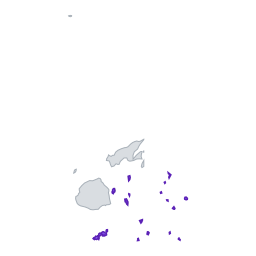 Eastern on a map of Fiji (Equal Earth projection)
{"feature_id": "FJI-2618", "entity_name": "Eastern", "entity_type": "Division", "adm_level": 1, "iso_a3": "FJI", "parent_name": "Fiji", "parent_adm1": "", "projection": "equal_earth", "projection_center": [179.768, -18.91], "detail": "medium", "context": "in_parent", "style": "filled", "palette": "violet", "viewbox_px": 256, "rotation_deg": 0, "n_neighbors": 0, "source": "natural_earth", "source_scale": "10m", "svg_char_len": 4037}
<svg xmlns="http://www.w3.org/2000/svg" viewBox="0 0 256 256"><path d="M101.1,180.0L101.1,181.5L101.8,182.1L102.5,182.3L104.3,185.1L107.1,187.5L108.8,189.4L108.9,191.0L108.4,192.6L109.1,195.6L109.5,198.8L110.7,203.7L109.0,204.6L106.3,204.8L105.6,205.6L104.7,205.1L102.4,205.5L100.2,207.1L98.2,209.3L95.8,209.4L93.1,209.8L90.4,209.5L88.5,208.3L85.2,207.0L80.7,205.9L78.9,205.0L77.3,203.6L75.9,200.0L75.6,198.2L75.9,196.4L77.2,195.9L78.2,195.0L78.4,193.9L78.9,193.1L79.5,192.8L79.8,192.2L79.3,190.4L79.2,188.7L81.8,185.6L84.6,183.0L89.6,180.6L92.6,180.8L97.3,178.9L98.7,178.1L100.2,178.6L101.1,180.0ZM143.8,139.7L140.1,144.2L138.7,146.5L137.6,149.0L134.3,151.8L133.0,155.4L133.1,159.1L136.3,155.3L139.9,152.1L141.0,151.5L142.1,151.5L142.0,152.6L141.5,153.6L141.1,156.4L142.0,159.0L139.4,158.8L136.7,159.0L133.6,160.5L130.5,161.1L129.4,161.1L128.3,160.6L127.5,159.9L127.0,158.2L126.4,157.9L124.0,158.0L120.3,161.4L119.1,164.3L117.7,164.4L116.0,163.8L114.0,166.0L111.6,166.8L110.6,164.9L109.9,162.6L109.1,160.9L106.4,160.5L106.8,158.4L107.5,157.6L108.2,156.3L108.5,154.9L109.8,155.8L111.1,156.4L112.6,155.3L114.1,155.3L115.6,152.2L117.9,150.3L121.2,148.8L124.5,147.7L126.2,147.5L127.9,146.8L130.8,143.9L132.7,142.5L134.7,141.6L136.7,141.0L138.6,141.5L140.1,141.3L143.8,139.2L143.8,139.7ZM106.4,233.5L106.4,234.9L103.2,235.8L102.1,234.7L101.4,234.4L99.5,236.5L99.0,237.4L98.8,238.0L98.3,238.4L94.8,239.4L93.3,238.4L94.3,237.7L95.6,236.3L96.9,236.5L98.2,235.2L99.4,233.3L101.3,232.9L102.5,232.1L104.7,232.7L106.4,233.5ZM143.8,166.4L142.0,167.6L141.3,166.4L142.1,163.4L143.8,160.4L143.8,162.9L143.8,166.4ZM127.7,204.4L127.4,204.7L125.3,202.0L125.4,201.0L125.7,200.0L126.6,199.1L127.4,200.7L128.0,203.2L127.7,204.4ZM114.7,192.0L113.4,192.6L112.7,190.5L113.7,188.5L114.8,188.3L115.3,190.4L114.7,192.0ZM129.5,179.9L128.6,180.8L128.2,176.2L129.1,176.2L129.7,176.7L130.1,177.8L129.5,179.9ZM75.0,172.5L73.7,173.1L74.4,170.4L75.1,169.6L75.6,169.4L76.3,169.2L76.0,171.1L75.0,172.5ZM71.5,16.3L70.5,16.7L69.0,16.4L68.6,15.8L69.1,15.7L70.2,15.4L71.4,15.5L71.7,15.9L71.5,16.3ZM143.8,152.2L143.5,152.2L143.5,151.6L143.8,150.5L143.8,152.2Z" fill="#d9dde1" stroke="#a8b0b8" stroke-width="1"/><path d="M104.9,232.8L106.3,233.2L106.6,234.8L105.7,235.4L104.8,235.0L104.6,235.9L102.7,235.9L102.9,235.0L102.2,235.0L102.5,234.5L101.2,234.6L100.2,235.7L99.1,235.9L99.0,237.1L98.6,236.8L98.6,237.6L99.2,238.1L98.7,239.6L98.3,239.3L98.3,238.2L96.6,239.5L95.2,239.1L94.4,239.6L93.1,238.6L93.8,237.7L94.8,237.7L95.6,236.2L97.5,236.6L97.7,235.7L98.5,235.5L99.0,233.6L99.9,233.1L101.5,233.4L101.7,232.5L102.8,231.8L103.7,231.8L104.9,232.8ZM126.4,198.9L127.9,201.9L127.7,205.0L126.7,204.0L125.6,201.0L125.3,202.3L124.8,199.2L126.4,198.9ZM130.2,177.3L129.7,179.6L128.7,180.8L128.2,176.3L129.8,175.7L130.2,177.3ZM113.4,188.6L114.4,188.6L114.9,190.8L114.6,192.0L113.2,192.6L112.5,190.1L113.4,188.6ZM186.2,197.1L187.4,198.3L187.3,199.4L186.1,199.8L184.7,199.2L184.6,198.1L185.1,197.2L186.2,197.1ZM168.2,172.6L170.9,174.8L169.1,178.1L168.8,177.1L169.8,174.7L168.4,173.7L168.2,172.6ZM142.4,219.6L142.4,220.4L141.1,221.3L141.9,221.8L140.9,223.1L139.6,220.6L142.4,219.6ZM173.9,206.7L174.9,208.4L174.5,209.2L173.4,209.1L172.5,208.3L173.9,206.7ZM107.4,229.7L107.5,231.3L106.9,231.9L106.0,231.2L106.5,229.8L107.4,229.7ZM147.0,234.1L147.5,231.8L148.4,231.9L149.1,232.8L148.6,233.9L148.3,232.7L147.8,232.6L147.4,233.1L147.7,234.4L147.3,234.5L147.0,234.1ZM138.3,238.4L138.9,240.4L137.5,240.6L137.7,239.8L138.2,240.0L137.8,238.6L138.3,238.4ZM160.7,193.3L160.4,192.3L161.3,191.8L161.7,193.0L160.7,193.3ZM169.5,233.9L169.3,232.4L170.0,231.9L170.3,233.4L169.5,233.9ZM166.7,199.9L167.9,199.9L168.0,201.1L166.9,200.6L166.7,199.9ZM178.7,238.4L179.3,239.3L180.1,239.5L180.0,240.2L178.4,239.2L178.5,238.6L178.9,238.0L179.6,237.9L178.7,238.4ZM164.8,183.4L164.3,182.3L165.1,181.8L165.4,182.8L164.8,183.4ZM129.7,194.1L129.7,195.4L129.5,196.0L128.7,194.1L128.8,193.7L129.7,194.1ZM111.8,191.4L113.5,193.2L113.3,193.7L112.4,193.2L111.8,191.4Z" fill="#8b5cf6" stroke="#5b21b6" stroke-width="1.5"/></svg>